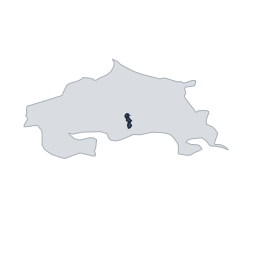 Aserri, San José, Costa Rica (highlighted), rotated 323°
{"feature_id": "36466004B1589353169511", "entity_name": "Aserri", "entity_type": "district", "adm_level": 2, "iso_a3": "CRI", "parent_name": "Costa Rica", "parent_adm1": "San José", "projection": "albers", "projection_center": [-84.129, 9.746], "detail": "fine", "context": "in_parent", "style": "filled", "palette": "slate", "viewbox_px": 256, "rotation_deg": 323, "n_neighbors": 0, "source": "geoboundaries", "source_scale": "gbopen_adm2", "svg_char_len": 4081}
<svg xmlns="http://www.w3.org/2000/svg" viewBox="0 0 256 256"><g transform="rotate(323 128 128)"><path d="M210.3,130.6L210.0,131.6L209.2,132.5L207.9,133.5L206.3,134.2L202.4,132.2L198.6,129.9L196.5,131.0L195.7,133.9L194.2,135.5L192.5,136.1L191.7,137.1L191.6,147.1L191.8,156.5L194.7,156.7L199.6,160.0L201.6,161.9L202.3,163.7L201.7,164.6L198.2,166.6L194.7,169.3L193.0,172.5L196.0,177.8L196.7,181.3L196.6,185.0L195.8,186.8L189.1,191.2L187.6,192.7L187.8,193.7L191.5,196.7L193.3,199.5L194.8,203.0L195.0,206.0L191.6,200.4L186.9,195.2L182.9,191.9L182.5,184.3L180.9,180.2L174.8,176.4L169.6,173.7L165.7,174.3L168.1,178.6L174.2,184.2L174.6,186.4L174.5,189.3L170.3,188.8L166.6,187.7L162.0,187.3L159.0,185.6L152.6,178.9L157.2,173.2L158.6,169.4L158.4,161.6L157.4,157.9L152.4,152.1L144.6,145.8L133.6,140.7L128.5,136.5L115.7,133.3L110.8,131.2L107.0,127.3L106.4,124.5L107.8,120.1L104.2,114.6L89.0,103.8L80.5,99.8L78.6,97.4L77.3,96.7L78.6,104.2L82.3,108.7L92.0,112.9L94.7,115.4L95.8,118.5L90.1,124.6L87.2,126.2L86.4,129.5L84.5,130.5L82.6,128.6L74.7,119.0L59.4,114.4L56.7,111.5L51.0,102.8L48.4,94.8L49.4,89.5L55.7,81.3L57.7,77.7L57.3,75.5L57.5,72.2L55.2,69.9L49.4,66.9L45.7,64.5L46.7,63.4L53.4,60.2L53.8,57.3L53.8,56.3L54.9,56.1L55.9,55.4L56.5,54.6L58.3,51.8L59.9,50.3L61.7,50.0L63.9,51.2L72.3,54.2L81.6,57.6L94.8,62.3L100.3,59.3L105.0,57.0L108.3,57.3L115.4,60.0L119.7,60.9L122.3,60.6L126.9,64.6L129.4,67.6L129.8,69.6L131.2,70.6L134.7,70.9L143.4,72.9L148.7,72.5L153.5,70.3L156.2,67.8L157.0,63.8L158.2,65.7L159.7,68.9L160.3,72.9L166.6,86.3L171.6,93.8L182.5,107.5L187.3,110.0L195.3,121.0L198.1,122.8L199.7,126.0L208.0,128.7L210.3,130.6Z" fill="#d9dde1" stroke="#a8b0b8" stroke-width="1"/><path d="M134.4,115.9L134.2,116.0L133.9,116.0L133.7,116.2L133.6,116.4L133.5,116.5L133.4,116.6L133.2,116.7L133.2,116.8L132.9,117.0L132.8,117.3L132.7,117.3L132.7,117.5L132.7,117.9L132.8,118.0L132.7,118.1L132.5,118.3L132.5,118.5L132.5,118.8L132.6,119.0L132.9,119.1L133.0,119.2L133.0,119.3L132.9,119.3L132.9,119.6L132.6,119.7L132.6,119.8L132.6,119.7L132.5,119.9L132.4,120.0L132.2,120.3L132.1,120.5L132.2,120.4L132.3,120.5L132.2,120.6L131.9,120.6L131.7,120.7L131.7,120.8L131.5,121.0L131.4,121.1L131.4,121.3L131.5,121.5L131.7,121.8L131.8,121.9L131.9,122.0L132.1,122.2L132.2,122.3L132.3,122.5L132.6,122.8L132.8,123.0L132.7,123.4L132.7,123.5L132.3,123.5L132.2,123.5L131.9,123.8L131.7,124.0L131.4,124.1L131.2,124.0L131.1,124.3L131.0,124.5L130.9,124.6L130.7,124.9L130.5,125.0L130.3,125.1L130.2,125.2L130.1,125.3L129.8,125.4L129.6,125.4L129.5,125.5L129.4,125.5L129.3,125.9L129.3,126.1L129.2,126.3L129.2,126.5L129.1,126.8L128.9,126.9L128.9,127.0L129.0,127.0L128.8,127.3L128.8,127.5L128.7,127.6L128.6,127.8L128.5,128.0L128.4,128.1L128.4,128.3L128.6,128.4L128.7,128.5L128.8,128.6L129.0,128.5L129.3,128.6L129.6,128.7L129.7,128.8L129.9,128.8L130.1,128.8L130.1,128.7L130.3,128.5L130.5,128.4L131.3,128.4L131.5,128.3L131.7,128.2L131.8,128.2L132.0,128.2L132.3,127.9L132.3,127.7L132.3,127.3L132.1,127.1L132.0,126.9L131.9,126.9L131.7,126.8L131.7,126.7L131.8,126.5L131.9,126.4L131.9,126.2L132.0,126.0L132.0,125.8L132.1,125.7L132.3,125.6L132.5,125.4L132.7,125.2L133.0,124.9L133.2,124.7L133.4,124.6L133.5,124.5L133.6,124.4L133.8,124.4L133.9,124.5L134.0,124.5L134.1,124.4L134.2,124.2L134.3,124.1L134.7,124.1L134.9,124.1L134.8,123.8L134.9,123.7L134.9,123.4L134.8,123.2L134.8,122.9L134.7,122.8L134.6,122.7L134.6,122.4L134.7,122.2L134.5,121.9L134.4,121.9L134.2,121.6L134.1,121.4L134.2,121.2L134.3,121.1L134.5,121.0L134.6,120.9L134.6,120.6L134.7,120.4L134.8,120.3L134.7,120.1L134.8,119.9L134.7,119.9L134.7,119.7L134.4,119.4L134.5,119.3L134.8,119.4L135.0,119.4L135.1,119.2L135.2,118.9L135.2,118.7L134.9,118.6L134.7,118.5L134.4,118.4L134.5,118.3L134.8,118.4L135.0,118.4L135.3,118.4L135.5,118.4L135.4,118.3L135.4,118.2L135.5,118.1L135.9,118.1L136.1,117.9L136.2,118.0L136.4,118.1L136.3,117.9L136.1,117.4L136.0,117.2L136.2,116.9L136.3,116.8L136.4,116.7L136.2,116.5L136.1,116.4L135.9,116.4L135.7,116.4L135.5,116.2L135.4,116.0L135.0,116.1L134.9,116.1L134.7,116.0L134.4,115.9L134.4,115.9Z" fill="#64748b" stroke="#1e293b" stroke-width="1.5"/></g></svg>